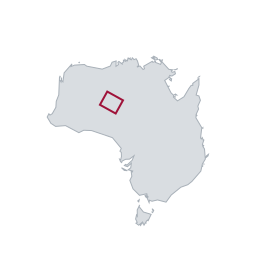 Ngaanyatjarraku, Western Australia, Australia shown in context, rotated 29°
{"feature_id": "25037944B86885707589826", "entity_name": "Ngaanyatjarraku", "entity_type": "district", "adm_level": 2, "iso_a3": "AUS", "parent_name": "Australia", "parent_adm1": "Western Australia", "projection": "mercator", "projection_center": [128.838, -25.094], "detail": "fine", "context": "in_parent", "style": "outline", "palette": "rose", "viewbox_px": 256, "rotation_deg": 29, "n_neighbors": 0, "source": "geoboundaries", "source_scale": "gbopen_adm2", "svg_char_len": 4066}
<svg xmlns="http://www.w3.org/2000/svg" viewBox="0 0 256 256"><g transform="rotate(29 128 128)"><path d="M169.2,55.9L171.6,66.1L174.5,65.6L177.9,68.7L178.5,75.0L180.5,77.2L181.0,83.1L182.5,86.2L192.4,92.0L196.3,101.6L197.4,102.1L197.6,100.4L199.8,102.2L200.1,101.3L201.0,106.2L202.3,107.7L205.1,109.3L210.7,117.7L210.5,123.4L212.6,130.4L209.8,143.7L207.8,148.6L202.9,154.2L198.3,165.6L197.2,174.4L188.7,176.6L184.5,180.4L181.8,180.8L182.6,183.0L178.4,179.7L179.0,179.0L178.7,178.2L177.9,178.2L176.6,179.6L175.6,178.7L177.2,177.4L176.3,176.4L170.7,181.3L161.9,178.8L155.0,172.9L154.8,168.4L151.7,164.3L153.0,164.5L153.0,163.3L148.4,164.5L149.7,161.5L148.0,157.2L146.3,162.1L143.0,162.6L143.5,161.0L145.1,160.9L147.3,154.2L146.7,149.3L144.4,154.5L141.1,156.5L138.9,159.7L139.2,161.3L137.8,161.1L135.7,159.3L137.0,159.3L136.1,156.1L134.0,152.6L132.2,152.2L132.0,149.1L119.1,144.0L97.4,147.9L90.4,151.4L87.3,155.9L72.2,156.2L63.9,161.7L58.3,161.3L52.0,157.6L51.9,153.9L53.5,154.5L54.8,152.3L54.9,144.9L52.3,139.4L51.4,132.6L44.4,118.7L47.1,120.2L45.5,116.0L46.7,118.5L48.7,119.2L45.4,110.7L47.9,99.1L48.4,101.8L50.8,98.9L59.1,93.6L62.0,93.9L76.9,89.0L82.5,82.4L82.2,78.2L85.1,75.1L87.6,79.9L88.9,77.2L87.3,75.4L87.8,74.2L92.6,75.0L91.1,74.5L92.1,72.7L91.2,71.1L93.8,70.8L92.9,69.6L95.0,69.5L94.3,67.7L96.2,65.7L96.3,66.9L97.8,66.8L97.9,64.5L100.1,65.3L101.5,63.5L103.8,64.8L106.9,67.9L106.3,70.4L108.4,68.0L112.8,69.5L113.7,68.2L111.8,66.3L116.9,57.9L118.0,58.5L119.7,56.4L120.3,57.3L125.6,56.6L125.5,54.6L121.9,53.1L122.5,52.6L135.3,56.9L139.0,55.4L138.1,57.0L139.6,57.9L141.6,55.9L143.2,57.6L141.2,61.3L139.0,61.7L139.1,64.4L137.0,68.6L148.6,76.4L151.8,77.2L152.8,79.0L158.1,80.3L161.8,73.6L162.1,63.8L162.6,60.1L164.0,59.3L163.0,57.6L166.2,50.6L169.2,55.9ZM175.6,191.3L182.2,194.0L190.1,192.3L190.6,199.8L190.1,198.5L189.3,200.1L189.1,205.2L186.3,203.1L184.5,207.8L181.1,207.4L181.8,206.1L178.8,203.9L177.6,199.9L178.9,200.6L175.8,195.2L175.6,191.3ZM116.0,52.7L119.6,52.7L120.7,53.7L118.3,55.8L116.0,52.7ZM141.6,165.9L148.1,165.7L145.3,166.9L141.6,165.9ZM142.3,63.8L143.0,65.9L140.7,65.5L141.1,64.1L142.3,63.8ZM210.3,116.7L210.2,114.2L211.1,112.0L211.5,113.6L210.3,116.7ZM188.2,186.9L190.4,187.5L190.5,188.6L188.2,186.9ZM115.6,53.3L116.9,55.3L114.5,55.2L115.6,53.3ZM173.2,187.4L171.9,187.1L172.6,185.3L173.2,187.4ZM154.7,75.5L153.6,76.1L152.4,76.5L153.0,75.3L154.7,75.5ZM44.4,118.1L43.5,116.9L43.4,115.7L43.6,115.7L44.4,118.1ZM190.0,189.6L190.9,190.3L189.3,189.7L190.0,189.6ZM201.8,106.6L202.7,106.6L202.7,107.7L201.8,106.6ZM181.3,83.1L182.3,83.7L182.1,84.1L181.3,83.1ZM186.2,205.9L186.3,207.1L185.5,206.7L186.2,205.9ZM211.8,124.4L211.9,125.9L211.8,124.4ZM125.3,52.6L124.7,52.0L125.1,51.7L125.3,52.6ZM142.4,52.7L141.5,53.7L142.5,51.9L142.4,52.7ZM211.9,122.7L211.5,123.2L211.8,122.7L211.9,122.7ZM143.7,71.8L143.2,72.0L143.5,71.5L143.7,71.8ZM140.4,63.7L139.8,63.9L140.2,63.2L140.4,63.7ZM53.8,93.7L53.6,94.6L53.3,94.5L53.8,93.7ZM165.1,50.1L165.1,50.9L164.8,50.3L165.1,50.1ZM178.0,178.6L178.1,179.1L177.9,179.0L178.0,178.6ZM141.3,54.0L140.1,54.7L141.3,53.8L141.3,54.0ZM94.4,66.7L93.9,67.2L94.2,66.6L94.4,66.7ZM186.7,204.9L186.3,205.2L186.5,204.7L186.7,204.9ZM154.2,78.0L153.5,78.0L153.8,77.5L154.2,78.0ZM91.9,70.5L91.6,70.8L91.6,70.1L91.9,70.5ZM189.9,202.3L189.3,202.7L189.5,202.0L189.9,202.3ZM165.5,48.2L165.4,48.7L165.1,48.5L165.5,48.2ZM177.6,179.3L178.2,179.9L177.3,179.7L177.6,179.3ZM193.6,92.0L193.1,92.0L193.3,91.4L193.6,92.0ZM197.2,100.3L197.2,99.9L197.2,100.3ZM175.8,190.4L175.7,190.8L175.5,190.3L175.8,190.4Z" fill="#d9dde1" stroke="#a8b0b8" stroke-width="1"/><path d="M110.2,117.9L110.2,116.3L110.2,109.3L110.2,107.9L110.2,106.2L108.0,106.2L105.3,106.2L97.7,106.2L95.6,106.2L93.7,106.2L92.7,106.2L92.2,106.2L92.2,110.6L92.2,115.2L92.2,121.3L93.6,121.3L96.7,121.3L99.6,121.3L102.5,121.3L107.4,121.3L108.5,121.3L110.2,121.3L110.2,121.2L110.2,120.9L110.2,120.7L110.2,120.4L110.2,120.2L110.2,119.9L110.2,119.7L110.2,119.4L110.2,119.2L110.2,118.9L110.2,118.7L110.2,118.4L110.2,118.2L110.2,117.9L110.2,117.9Z" fill="none" stroke="#9f1239" stroke-width="2"/></g></svg>